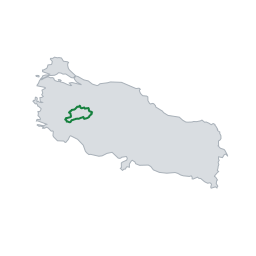 where Afyonkarahisar sits in Turkey, rotated 21°
{"feature_id": "TUR-2272", "entity_name": "Afyonkarahisar", "entity_type": "Province", "adm_level": 1, "iso_a3": "TUR", "parent_name": "Turkey", "parent_adm1": "", "projection": "robinson", "projection_center": [30.622, 38.521], "detail": "fine", "context": "in_parent", "style": "outline", "palette": "green", "viewbox_px": 256, "rotation_deg": 21, "n_neighbors": 0, "source": "natural_earth", "source_scale": "10m", "svg_char_len": 4727}
<svg xmlns="http://www.w3.org/2000/svg" viewBox="0 0 256 256"><g transform="rotate(21 128 128)"><path d="M194.2,94.1L197.6,95.2L198.7,94.4L201.8,94.5L204.5,95.1L205.9,93.3L207.9,93.5L208.3,94.4L209.3,94.8L212.2,97.1L211.9,97.4L212.7,98.3L215.2,98.9L215.5,100.1L217.5,101.9L218.6,104.6L218.1,106.5L217.1,107.7L218.9,111.9L218.5,112.4L221.5,113.8L225.3,113.6L226.5,114.2L230.3,117.5L231.3,118.7L228.7,117.2L227.4,118.5L226.8,121.8L222.9,122.4L223.6,124.5L224.7,125.5L224.4,127.5L224.8,128.3L225.9,129.6L225.9,131.4L226.4,133.3L226.5,135.5L228.2,136.2L227.5,137.3L225.9,141.9L226.1,142.3L227.3,142.4L230.2,144.5L229.7,145.2L230.2,148.2L232.7,150.1L232.4,151.1L232.5,152.1L230.7,151.6L227.3,154.3L226.9,154.2L226.4,153.3L226.1,150.6L225.2,150.0L224.1,149.8L222.2,151.0L220.5,150.9L218.7,150.7L214.0,149.1L212.3,149.6L210.5,149.0L207.1,152.3L206.1,152.5L205.5,150.9L204.2,150.0L202.7,151.2L196.8,152.8L194.1,153.0L190.7,152.5L187.9,152.7L180.4,156.3L173.2,158.2L166.7,158.0L163.1,155.8L160.3,155.3L152.1,158.7L148.0,158.6L146.6,157.2L143.5,156.6L142.8,157.9L142.2,161.2L143.4,164.1L141.6,164.3L140.5,165.0L140.3,167.2L138.7,168.1L138.2,169.5L137.9,169.5L135.3,168.4L136.0,167.3L134.3,163.1L135.0,161.9L138.3,158.5L138.2,156.5L136.7,155.2L132.5,157.6L132.1,158.6L131.2,159.3L129.6,159.6L121.9,156.4L117.5,159.2L113.8,163.3L110.9,164.8L102.5,166.0L101.0,166.8L98.1,165.9L96.4,164.8L92.4,160.1L85.0,156.6L77.2,155.8L76.6,156.7L76.3,160.3L75.1,163.7L74.4,164.0L72.7,163.2L66.7,165.2L61.6,162.9L60.7,162.0L59.5,158.0L58.8,157.7L58.0,158.3L57.1,158.3L53.4,156.6L51.5,156.5L50.3,158.1L48.3,158.8L48.3,158.3L49.0,157.3L45.9,157.5L44.3,158.3L42.1,157.8L42.2,157.3L44.1,156.8L48.2,156.2L50.8,153.6L41.0,153.7L40.0,154.3L39.9,152.9L40.5,152.3L43.1,151.8L42.9,150.7L41.3,149.4L39.6,148.8L38.9,145.9L38.0,145.2L38.1,144.8L39.7,144.3L40.1,142.2L39.9,141.0L36.7,139.8L36.0,139.9L35.2,138.8L33.9,138.0L32.8,138.7L29.6,137.0L30.2,135.8L31.0,135.8L31.2,134.8L30.6,133.2L30.6,132.4L31.3,132.2L32.1,132.3L32.9,133.3L33.0,135.1L33.8,136.2L34.4,135.1L35.9,135.7L38.5,135.2L39.0,134.7L37.1,134.7L36.4,134.3L34.9,131.2L36.5,130.4L37.6,128.9L35.5,127.9L35.9,125.9L34.1,123.5L36.6,120.5L36.5,120.1L35.7,119.9L27.9,121.2L27.8,119.8L28.4,118.7L28.4,115.8L28.8,114.2L30.2,113.8L32.0,111.5L34.9,108.8L37.9,108.9L39.1,108.1L40.9,108.1L41.4,109.1L42.9,109.9L45.6,109.8L47.0,109.1L45.7,107.8L47.3,107.3L48.5,107.6L47.8,109.1L48.2,109.2L51.7,108.8L55.4,109.1L59.5,109.0L60.0,108.5L57.1,107.1L59.0,105.8L60.0,105.5L68.6,104.4L68.6,104.1L63.4,103.4L60.7,101.7L60.0,100.8L60.5,98.6L61.1,98.0L63.0,97.9L69.4,98.9L74.0,98.3L79.0,99.8L83.8,99.5L84.8,98.8L86.0,96.7L92.7,93.1L95.1,91.3L105.6,87.7L121.3,88.3L124.0,86.9L125.6,87.4L125.2,88.3L125.3,89.2L127.3,91.3L130.1,92.6L134.0,91.5L135.4,91.9L136.8,95.3L139.3,97.3L140.5,97.5L141.9,96.3L143.3,96.1L145.6,97.3L146.5,98.5L154.1,99.9L155.7,100.9L160.8,101.9L172.0,99.5L176.2,101.1L179.6,101.7L181.1,101.4L185.6,99.5L187.0,98.4L189.8,97.5L193.2,95.3L194.2,94.1ZM49.0,88.1L48.7,89.6L49.3,91.3L50.9,93.6L52.5,94.8L60.1,97.9L59.0,100.8L57.1,101.3L50.6,99.9L47.9,101.0L46.0,100.7L43.3,101.3L42.5,103.0L40.6,105.0L35.3,107.5L30.4,112.5L29.0,113.1L29.7,111.4L29.7,109.9L31.8,108.2L34.8,106.9L35.6,105.8L28.1,106.0L27.4,104.5L28.2,104.2L30.7,101.5L30.9,100.4L30.7,97.8L33.7,96.2L33.9,95.6L33.5,93.0L30.8,91.5L30.8,90.7L32.8,90.0L34.0,88.2L36.9,87.8L38.3,87.0L40.8,86.5L43.8,88.8L47.6,87.9L49.0,88.1ZM26.5,112.3L24.0,112.7L23.3,112.3L24.1,111.5L26.0,111.0L26.6,111.8L26.5,112.3Z" fill="#d9dde1" stroke="#a8b0b8" stroke-width="1"/><path d="M69.0,131.3L71.3,130.0L71.6,129.6L72.0,128.9L72.3,128.0L72.6,127.5L72.8,126.9L73.0,126.3L74.3,125.8L75.0,124.6L75.4,124.7L75.7,125.0L75.9,125.4L76.1,125.7L76.3,125.8L76.5,126.0L77.0,126.2L77.5,126.2L77.9,126.0L78.6,125.5L79.3,124.9L79.7,124.6L80.2,124.8L80.7,125.3L81.5,125.0L82.3,124.4L82.7,124.3L83.1,124.1L83.5,123.8L83.9,123.6L84.7,124.4L85.2,125.6L86.0,126.2L87.5,126.0L88.3,126.1L88.7,126.2L88.6,127.0L88.5,127.4L88.8,127.7L89.0,127.8L88.9,128.3L88.1,129.7L87.8,130.3L87.6,131.0L87.6,131.3L87.7,131.5L87.6,131.8L86.7,133.0L85.8,133.8L83.9,135.1L83.6,135.0L83.4,134.8L82.9,134.2L82.7,134.0L82.5,133.9L82.2,133.8L82.0,134.0L81.5,134.6L80.1,135.6L79.4,136.4L78.7,137.0L77.9,137.3L77.7,137.3L77.4,137.4L76.8,137.8L76.4,137.9L76.0,138.1L75.5,138.7L74.9,139.2L74.5,139.4L73.5,140.4L72.7,140.8L72.5,141.2L72.3,142.6L72.0,143.2L71.2,143.6L70.3,143.6L69.4,143.6L68.5,143.9L68.0,143.1L67.9,143.0L67.7,142.9L67.4,142.8L67.3,142.7L66.8,142.7L66.5,142.6L66.5,141.3L66.7,140.9L67.0,140.7L67.4,140.6L70.3,138.5L70.6,138.1L70.5,137.2L70.2,136.9L69.0,135.0L67.5,134.7L67.5,134.3L67.7,134.0L67.9,133.5L68.1,133.0L68.8,132.3L68.9,131.8L69.0,131.3Z" fill="none" stroke="#15803d" stroke-width="2"/></g></svg>